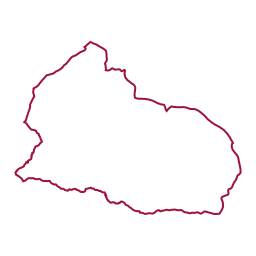 outline of Viracachá, Boyacá, Colombia
{"feature_id": "7082276B30713394717050", "entity_name": "Viracachá", "entity_type": "district", "adm_level": 2, "iso_a3": "COL", "parent_name": "Colombia", "parent_adm1": "Boyacá", "projection": "orthographic", "projection_center": [-73.275, 5.447], "detail": "fine", "context": "isolated", "style": "outline", "palette": "rose", "viewbox_px": 256, "rotation_deg": 0, "n_neighbors": 0, "source": "geoboundaries", "source_scale": "gbopen_adm2", "svg_char_len": 5758}
<svg xmlns="http://www.w3.org/2000/svg" viewBox="0 0 256 256"><path d="M219.6,213.7L220.6,211.8L221.7,210.2L222.4,208.6L222.9,207.2L223.1,205.1L223.0,203.7L222.5,201.4L221.4,198.6L221.7,197.4L222.3,196.8L223.0,196.6L223.9,196.1L224.5,195.8L227.1,195.1L227.9,194.6L228.3,194.2L228.5,193.8L228.2,190.9L228.2,190.1L228.8,189.2L230.4,188.7L231.3,188.1L231.7,187.6L232.3,186.6L232.9,184.9L233.6,183.4L234.7,181.5L236.0,179.9L236.2,179.3L236.7,178.2L236.7,177.6L237.3,176.2L237.6,175.5L238.0,175.1L238.7,174.8L239.2,174.4L240.2,173.2L240.6,172.8L240.5,169.4L240.3,168.1L238.6,160.0L238.5,158.9L237.9,156.8L237.5,155.9L237.2,155.4L236.6,154.8L233.8,151.3L232.5,149.5L231.8,146.9L231.7,145.6L232.1,143.8L233.0,143.0L229.7,137.2L227.2,133.6L223.9,130.1L222.2,128.8L221.1,128.1L219.7,127.1L215.0,124.6L212.2,122.8L208.1,119.6L205.9,117.1L203.8,115.0L200.0,111.8L198.2,110.6L195.2,109.2L193.3,109.0L190.5,109.0L189.9,108.9L187.2,107.8L184.1,107.1L178.3,107.3L173.0,106.8L171.4,106.4L171.1,106.8L170.5,107.2L169.8,107.6L168.8,108.5L167.8,109.5L166.7,111.0L166.3,110.4L165.9,109.9L164.9,106.6L164.1,104.9L163.5,104.7L161.4,104.5L157.7,103.2L152.7,100.7L148.8,99.5L144.6,98.9L138.4,98.7L135.7,98.2L134.8,97.3L134.6,95.7L134.6,93.5L135.1,89.8L135.3,87.7L134.9,86.4L134.2,85.3L133.3,84.4L131.9,83.6L127.2,79.9L125.3,77.4L124.5,73.7L125.0,70.8L124.9,70.3L124.7,70.0L124.4,69.9L123.8,70.1L122.7,70.9L122.3,71.0L121.7,71.0L121.2,70.9L120.4,70.1L120.2,69.7L119.4,69.3L118.4,69.3L115.9,69.6L114.8,69.5L114.3,69.4L113.5,69.0L112.5,68.3L111.8,68.4L110.4,69.7L108.8,70.4L107.5,70.5L105.7,70.2L105.9,69.1L105.9,68.1L105.7,67.1L105.5,64.8L105.2,64.3L105.0,63.9L105.4,62.6L105.9,62.0L106.7,60.6L106.9,59.8L106.5,56.2L106.5,53.8L106.2,52.1L105.9,50.9L105.7,50.5L105.4,50.2L104.1,49.2L101.5,47.5L100.0,46.8L98.5,45.9L97.1,44.9L95.6,44.2L94.3,43.8L90.3,42.0L88.4,43.7L87.4,44.5L85.3,46.5L84.5,47.0L85.1,47.6L85.7,48.4L84.9,50.2L81.0,51.9L79.6,52.6L78.4,53.6L76.7,54.7L74.8,55.8L74.0,56.0L72.6,56.5L71.8,57.1L70.8,58.1L68.3,61.3L67.4,62.2L66.1,63.9L64.8,64.7L63.8,65.5L62.7,67.2L59.7,69.6L58.5,70.4L56.9,71.0L55.9,71.5L54.6,72.6L53.3,73.5L46.4,75.4L43.8,78.6L42.1,80.3L38.1,85.5L36.1,87.1L33.7,88.3L33.5,88.6L33.5,90.1L33.2,91.7L33.2,92.6L34.3,96.3L32.9,98.6L30.1,104.5L30.1,107.0L29.4,109.5L27.9,113.6L25.9,120.2L25.5,121.0L24.5,121.8L24.3,122.2L25.2,122.5L26.1,123.2L26.9,124.1L27.5,125.2L28.4,126.1L28.7,126.6L29.9,128.1L30.5,128.6L31.3,129.6L34.2,130.1L36.2,130.9L36.5,132.0L37.0,132.8L37.5,133.4L38.2,133.6L38.8,134.2L39.0,135.5L39.7,136.3L40.5,138.6L41.3,140.5L41.5,140.8L41.9,141.1L41.9,141.3L41.6,142.2L41.3,142.4L41.0,142.5L40.2,143.2L39.0,144.9L38.2,145.3L37.5,146.1L37.1,146.2L36.0,146.2L35.7,146.4L35.4,146.7L34.8,148.3L34.3,149.0L34.0,149.6L33.7,152.0L32.4,152.8L32.5,153.2L32.8,153.4L32.8,153.6L32.5,153.9L32.0,154.1L31.6,154.5L31.5,155.3L31.8,155.8L31.8,156.1L31.7,156.6L31.3,156.9L31.4,157.9L31.2,158.4L31.2,158.9L30.5,159.5L28.7,160.3L28.0,160.8L27.8,161.3L28.2,162.2L28.0,162.6L27.6,162.7L26.5,162.1L26.1,162.3L25.6,163.7L25.4,164.0L24.9,164.3L24.4,164.8L23.8,166.4L23.6,166.6L23.2,166.7L22.7,167.0L20.6,168.0L19.6,168.3L18.2,169.2L17.6,169.9L17.4,170.5L17.2,170.6L16.9,170.5L16.6,170.8L16.4,171.0L16.0,172.1L15.8,172.4L15.4,172.7L16.2,174.8L16.4,174.8L17.6,175.7L18.1,175.7L21.6,178.5L22.8,180.7L23.2,181.2L23.5,180.9L23.9,180.8L24.8,180.8L25.6,180.5L26.4,179.5L27.1,178.9L28.8,178.1L29.8,178.1L30.8,178.4L32.1,178.1L33.5,178.2L34.2,178.5L34.5,178.9L37.4,179.3L38.8,178.9L39.7,179.0L40.0,179.1L40.7,179.7L41.2,180.1L42.7,180.8L44.7,181.1L46.0,180.9L47.2,181.2L48.6,180.9L49.4,180.9L50.0,181.2L50.3,181.9L51.5,183.3L52.7,183.9L54.4,184.5L54.7,184.6L55.6,184.4L56.1,184.5L56.5,185.1L57.0,185.7L58.1,186.6L58.6,186.9L59.6,187.3L60.6,188.5L61.1,188.7L63.4,188.8L64.1,189.2L64.5,189.8L65.4,190.2L66.3,190.3L67.6,190.7L68.0,190.6L68.5,190.2L69.0,189.5L69.2,189.4L69.5,189.3L69.9,189.4L70.9,189.8L71.7,189.8L72.7,189.4L74.7,188.8L75.9,189.1L76.3,189.4L76.6,189.9L78.3,190.3L78.9,190.6L79.6,191.2L80.9,191.9L81.3,191.8L81.5,191.9L81.8,192.1L83.1,191.9L83.8,192.0L84.0,191.9L84.6,191.3L85.1,191.1L85.5,190.0L85.6,189.2L85.9,188.8L87.2,188.7L90.2,187.9L90.5,187.7L90.8,187.7L91.1,187.8L92.1,188.6L93.4,188.6L94.0,188.8L94.4,189.5L95.0,189.9L97.6,190.0L97.8,190.1L98.9,190.9L99.5,191.0L100.2,190.8L100.6,190.9L101.3,191.7L102.1,192.0L102.4,192.3L103.0,192.4L104.4,192.4L104.7,192.5L105.6,194.0L105.5,194.5L105.1,194.8L105.1,195.0L105.3,195.2L105.8,195.2L106.0,195.3L106.3,195.9L106.0,196.4L105.9,196.8L106.6,197.6L106.9,199.1L107.6,199.7L107.8,200.4L108.1,200.8L109.0,201.3L110.0,202.3L110.5,202.7L111.1,202.7L112.3,202.2L113.4,202.4L114.2,202.4L114.7,202.5L115.4,203.3L115.6,203.4L116.9,203.6L117.9,203.5L118.1,203.5L118.4,203.1L118.6,202.9L119.6,203.0L120.8,201.7L121.9,201.5L122.2,201.6L122.7,202.0L123.5,202.3L124.2,202.7L124.8,203.2L125.4,204.4L125.6,204.7L126.0,205.0L127.1,205.3L128.1,205.8L129.8,207.4L130.9,207.9L132.2,209.2L134.0,210.3L134.6,210.7L135.6,210.8L136.8,211.2L137.8,211.2L138.5,211.1L139.1,211.1L139.6,211.5L139.8,212.5L140.0,212.7L141.0,212.6L142.7,212.9L144.6,213.8L145.8,213.9L148.3,213.3L149.2,213.2L152.6,213.6L153.3,213.4L153.6,213.0L154.5,212.7L154.9,212.5L156.0,211.4L157.0,210.7L157.7,210.4L158.7,210.2L159.0,210.2L159.8,211.0L160.3,211.3L160.8,211.3L162.1,210.7L162.6,210.6L163.4,210.7L165.8,209.9L167.0,209.8L168.8,210.2L169.6,210.3L171.5,209.8L173.2,209.7L174.7,209.5L177.1,210.1L178.2,210.2L179.4,210.3L180.9,210.0L181.7,210.1L183.3,211.4L184.6,212.2L187.6,212.6L188.6,213.0L190.0,213.3L192.2,212.7L193.8,212.9L195.0,212.7L195.8,212.7L197.2,212.3L198.1,212.4L200.0,213.4L200.7,213.6L201.5,213.4L202.5,212.8L203.9,211.7L204.7,211.5L206.4,211.7L208.0,212.3L214.4,214.0L217.2,213.9L219.6,213.7Z" fill="none" stroke="#9f1239" stroke-width="2"/></svg>